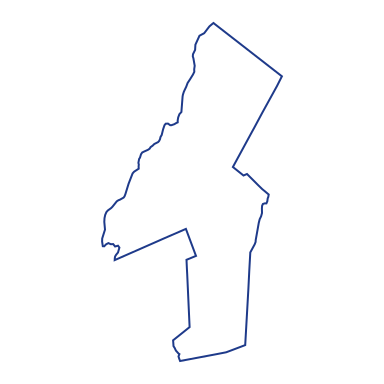 the district of Apodi, Rio Grande do Norte, Brazil
{"feature_id": "56859067B42378409662171", "entity_name": "Apodi", "entity_type": "district", "adm_level": 2, "iso_a3": "BRA", "parent_name": "Brazil", "parent_adm1": "Rio Grande do Norte", "projection": "equal_earth", "projection_center": [-37.896, -5.629], "detail": "fine", "context": "isolated", "style": "outline", "palette": "blue", "viewbox_px": 384, "rotation_deg": 0, "n_neighbors": 0, "source": "geoboundaries", "source_scale": "gbopen_adm2", "svg_char_len": 1845}
<svg xmlns="http://www.w3.org/2000/svg" viewBox="0 0 384 384"><path d="M105.2,214.9L104.5,218.2L104.3,221.9L105.0,229.6L102.2,238.5L102.1,241.5L102.8,246.2L104.2,246.3L106.1,244.3L108.4,243.1L110.8,244.2L113.2,244.1L115.1,246.5L118.0,245.7L119.4,247.6L118.0,252.5L116.1,254.8L115.1,256.5L114.8,258.1L114.7,260.1L141.8,248.2L148.6,245.2L157.7,241.2L163.1,238.8L185.9,228.9L195.3,254.1L196.0,255.9L186.5,259.8L186.9,268.6L187.2,274.2L189.6,327.1L173.1,340.3L173.4,344.3L173.5,346.1L174.7,348.0L175.9,350.6L177.0,351.8L178.4,353.4L179.4,354.1L178.5,356.4L179.2,358.7L180.1,361.0L215.8,354.3L226.1,352.3L229.9,350.9L245.2,345.1L246.7,318.7L248.4,288.5L249.3,270.2L250.3,252.4L252.9,247.6L254.7,244.3L255.6,241.9L255.7,240.1L256.6,235.1L258.8,222.7L259.7,219.2L261.1,216.3L262.0,213.0L261.9,208.4L262.1,205.8L262.9,204.0L264.6,203.4L266.4,203.4L267.3,201.3L267.7,198.4L268.3,196.9L268.7,194.5L262.2,189.1L258.3,185.3L254.4,181.4L247.0,174.0L243.5,175.5L232.9,167.0L252.0,131.8L254.1,128.0L262.3,112.7L277.0,86.0L281.9,76.3L213.4,23.0L209.4,26.4L204.2,33.2L199.5,35.7L195.4,44.7L195.1,49.9L193.0,54.2L192.8,56.4L193.4,58.3L194.7,65.8L194.2,69.2L194.3,71.8L193.0,74.5L190.1,79.2L187.6,83.0L186.2,86.8L184.9,89.5L183.8,91.9L182.9,94.8L182.6,96.4L181.4,112.0L179.4,114.2L178.2,117.4L177.7,120.3L177.7,122.4L176.3,123.0L174.3,124.2L171.4,125.2L170.2,125.2L168.0,123.6L165.7,123.7L164.5,125.2L163.1,129.3L161.7,135.0L160.5,137.0L160.0,139.2L159.1,141.0L158.1,142.1L154.3,144.0L152.6,145.7L150.6,147.1L149.6,148.7L148.0,149.8L143.8,151.7L142.2,152.5L141.0,154.3L140.0,157.6L139.1,159.0L138.4,162.9L138.8,164.5L138.6,166.4L138.7,168.7L134.1,171.7L132.6,173.4L128.6,183.7L125.4,194.1L124.5,196.4L123.6,197.6L119.7,199.8L118.5,200.2L116.8,201.3L112.4,206.8L111.1,208.1L107.8,210.5L106.4,212.1L105.2,214.9Z" fill="none" stroke="#1e3a8a" stroke-width="2"/></svg>